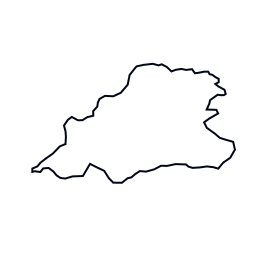 outline of Vasa Koilaniou, Limassol, Cyprus, rotated 258°
{"feature_id": "46923920B80352268926708", "entity_name": "Vasa Koilaniou", "entity_type": "district", "adm_level": 2, "iso_a3": "CYP", "parent_name": "Cyprus", "parent_adm1": "Limassol", "projection": "albers", "projection_center": [32.788, 34.84], "detail": "fine", "context": "isolated", "style": "outline", "palette": "ink", "viewbox_px": 256, "rotation_deg": 258, "n_neighbors": 0, "source": "geoboundaries", "source_scale": "gbopen_adm2", "svg_char_len": 1349}
<svg xmlns="http://www.w3.org/2000/svg" viewBox="0 0 256 256"><g transform="rotate(258 128 128)"><path d="M69.5,207.8L74.3,213.9L77.6,221.8L84.6,228.1L92.6,228.0L96.5,220.6L99.3,215.7L104.3,211.9L111.8,205.1L117.7,203.6L120.3,209.3L123.5,219.2L127.4,218.2L129.7,208.8L134.9,212.6L138.1,214.0L141.9,222.6L140.8,225.6L140.2,228.7L141.1,230.7L145.4,230.3L146.9,228.5L150.1,224.8L152.9,222.6L153.9,226.2L157.2,226.9L159.4,224.3L162.5,221.5L163.7,219.0L166.4,218.2L167.3,213.9L167.3,210.6L167.4,207.1L167.7,204.8L172.2,202.9L172.7,197.0L174.7,192.4L175.0,186.6L174.3,182.3L179.6,178.7L183.3,174.2L182.9,171.0L185.6,165.6L186.5,156.6L186.5,149.4L185.9,148.3L179.5,140.6L170.4,136.7L163.9,128.2L162.1,120.2L164.2,112.1L162.4,106.3L159.1,103.8L155.3,102.4L151.7,97.4L147.2,96.6L147.1,90.6L145.1,85.0L146.0,80.6L150.5,75.3L148.5,70.9L143.7,65.9L137.6,66.2L132.1,65.4L125.3,63.5L124.2,57.5L118.6,49.2L115.5,41.9L112.3,35.2L109.3,31.4L108.2,26.0L105.0,25.3L105.1,27.7L103.2,33.1L106.1,36.7L105.4,42.1L100.8,46.1L96.6,48.2L93.3,51.4L91.6,56.0L92.2,63.6L90.4,73.9L100.8,83.4L95.8,89.6L91.1,95.8L82.8,98.9L77.6,102.2L75.7,110.6L79.0,117.3L79.0,121.1L81.3,125.2L83.4,130.6L81.6,136.6L82.1,145.1L84.2,152.4L82.8,158.5L82.8,167.0L80.3,177.1L77.7,179.1L75.6,182.8L74.5,190.1L74.0,197.2L71.9,203.4L69.5,207.8Z" fill="none" stroke="#020617" stroke-width="2"/></g></svg>